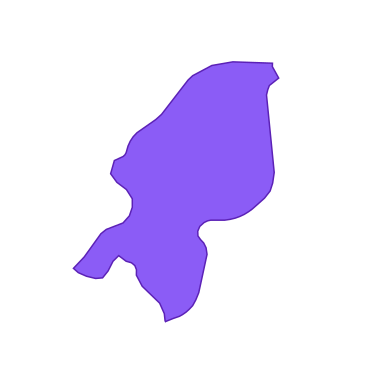 the Metropolitan department of Territoire de Belfort, rotated 54°
{"feature_id": "FRA-5348", "entity_name": "Territoire de Belfort", "entity_type": "Metropolitan department", "adm_level": 1, "iso_a3": "FRA", "parent_name": "France", "parent_adm1": "", "projection": "albers", "projection_center": [6.973, 47.626], "detail": "fine", "context": "isolated", "style": "filled", "palette": "violet", "viewbox_px": 384, "rotation_deg": 54, "n_neighbors": 0, "source": "natural_earth", "source_scale": "10m", "svg_char_len": 1109}
<svg xmlns="http://www.w3.org/2000/svg" viewBox="0 0 384 384"><g transform="rotate(54 192 192)"><path d="M239.0,287.7L226.6,285.9L222.2,282.6L217.9,281.5L213.6,282.6L209.3,286.0L200.4,288.7L201.6,296.6L206.6,306.4L208.9,314.8L205.3,320.8L198.1,326.9L190.4,331.4L184.1,332.8L181.2,317.4L172.2,290.2L171.9,283.3L176.5,266.0L174.5,256.7L169.3,249.3L162.4,244.3L151.5,243.6L140.0,247.1L129.4,247.1L120.9,236.3L122.8,226.8L122.5,224.4L121.5,222.2L117.2,216.7L114.6,212.1L112.7,207.0L111.7,201.5L112.1,178.7L111.3,171.0L99.1,129.3L98.3,123.0L101.3,101.6L110.7,82.5L135.1,51.2L137.8,53.3L150.8,54.9L151.3,66.8L153.8,70.6L157.3,74.7L224.5,114.0L232.2,121.5L237.1,128.2L239.6,137.0L241.2,153.2L241.2,158.0L240.8,163.0L239.9,167.7L238.5,172.5L236.5,177.3L234.0,182.1L225.8,193.4L224.5,196.3L223.8,200.2L224.4,205.9L227.1,210.4L231.0,213.0L235.4,213.1L240.1,212.5L245.4,213.4L251.3,216.5L277.4,245.7L281.5,252.3L284.3,258.2L285.2,262.9L285.7,267.4L285.6,271.8L285.2,275.2L283.3,281.4L281.3,289.4L281.3,289.6L280.4,289.5L274.1,285.9L262.9,283.5L239.0,287.7Z" fill="#8b5cf6" stroke="#5b21b6" stroke-width="1.5"/></g></svg>